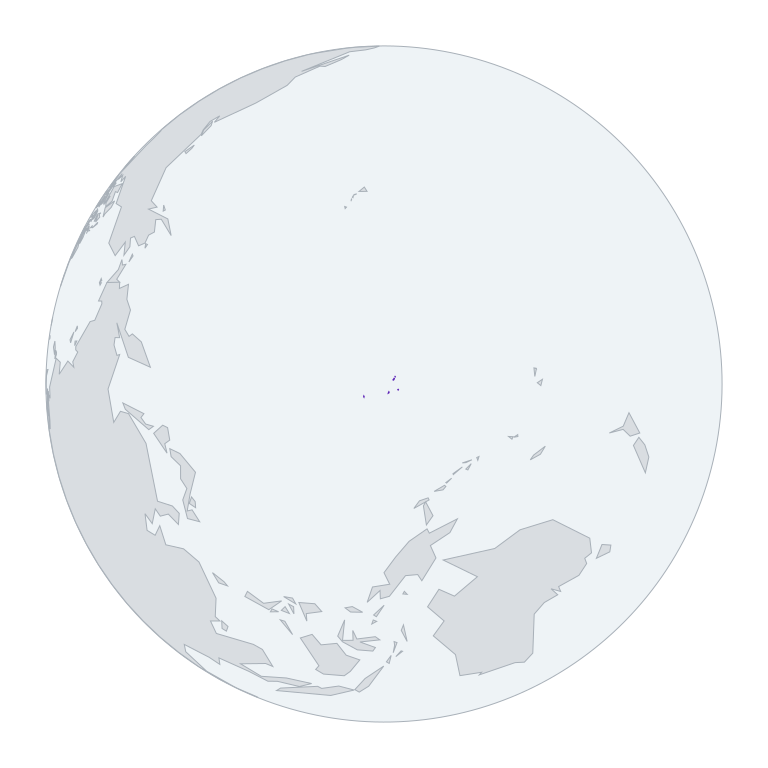 Marshall Islands on an orthographic globe, rotated 286°
{"feature_id": "MHL", "entity_name": "Marshall Islands", "entity_type": "country or territory", "adm_level": 0, "iso_a3": "MHL", "parent_name": "Oceania", "parent_adm1": "", "projection": "orthographic", "projection_center": [169.926, 8.484], "detail": "fine", "context": "on_globe", "style": "filled", "palette": "violet", "viewbox_px": 768, "rotation_deg": 286, "n_neighbors": 0, "source": "natural_earth", "source_scale": "50m", "svg_char_len": 9078}
<svg xmlns="http://www.w3.org/2000/svg" viewBox="0 0 768 768"><g transform="rotate(286 384 384)"><circle cx="384" cy="384" r="338" fill="#eef3f6" stroke="#a8b0b8"/><path d="M440.8,523.7L441.1,526.0L440.7,526.3L440.8,523.7ZM707.5,286.4L704.3,281.9L700.2,274.4L693.9,259.4L661.8,218.6L690.5,259.9L684.1,253.6L673.0,239.9L671.9,234.8L654.6,214.1L644.4,208.6L618.8,183.4L588.8,148.8L596.5,152.2L588.4,144.4L578.3,140.1L573.6,139.4L531.9,114.9L496.0,109.8L491.5,117.1L487.2,109.4L483.1,130.7L468.0,138.5L481.0,124.5L479.1,119.3L466.8,121.4L462.2,116.7L453.6,115.4L449.2,110.0L457.1,103.4L454.4,100.1L445.9,101.9L436.1,98.5L449.1,96.2L433.3,90.2L443.6,80.6L481.9,82.8L483.6,76.8L512.4,78.4L505.8,75.3L512.5,75.3L507.3,72.1L514.1,74.4L504.1,70.0L498.9,68.7L492.7,66.6L489.2,64.9L497.2,67.0L500.2,68.2L500.7,68.1L506.3,70.1L501.5,68.1L511.7,71.6L496.5,65.9L500.3,66.8L508.5,69.9L514.3,72.5L547.5,89.5L557.5,95.3L565.9,99.8L567.1,100.0L586.6,113.5L605.0,128.4L622.4,144.5L638.6,161.8L653.5,180.2L667.1,199.5L679.4,219.8L683.7,228.2L696.1,254.6L699.8,263.7L707.5,286.4ZM564.5,314.6L562.2,306.9L567.9,310.8L564.5,314.6ZM557.9,303.0L559.3,305.4L557.6,303.5L557.9,303.0ZM554.8,302.1L557.1,302.7L554.5,302.8L554.8,302.1ZM550.6,301.9L552.8,301.7L552.6,302.0L550.6,301.9ZM543.7,299.2L541.9,298.3L543.8,297.3L543.7,299.2ZM572.2,140.0L578.6,140.7L589.4,146.8L584.7,146.6L572.2,140.0ZM550.9,130.2L552.5,128.5L561.4,135.8L557.7,134.4L550.9,130.2ZM489.3,124.1L495.3,122.9L491.0,125.8L489.3,124.1ZM453.2,116.2L452.9,118.2L448.6,116.8L453.2,116.2ZM534.5,81.5L534.2,81.3L531.3,79.9L531.2,79.8L534.5,81.5ZM437.9,107.5L431.0,105.1L439.4,106.3L437.9,107.5ZM528.3,78.4L532.2,80.4L530.8,79.8L518.6,74.3L522.7,75.8L528.3,78.4ZM427.9,102.9L411.0,98.2L409.0,101.9L405.2,89.7L420.8,97.1L431.4,97.8L426.3,99.8L427.9,102.9ZM498.7,69.1L504.1,70.4L502.9,71.1L498.7,69.1ZM499.4,70.2L504.4,77.1L494.6,75.1L494.9,72.8L484.9,72.2L477.7,67.6L481.6,66.9L489.3,69.0L480.6,65.8L499.4,70.2ZM405.8,84.2L402.9,82.5L407.5,83.1L405.8,84.2ZM490.1,65.8L492.0,67.1L483.7,65.3L478.4,62.5L482.8,63.9L490.1,65.8ZM485.8,74.6L478.6,73.1L470.8,68.9L467.0,67.9L476.6,67.4L485.8,74.6ZM482.9,63.5L475.9,61.2L476.6,60.7L487.8,64.5L482.9,63.5ZM483.7,66.2L479.5,65.3L480.1,64.8L483.7,66.2ZM475.3,58.7L477.7,59.6L473.6,58.6L475.3,58.7ZM473.3,60.4L473.1,60.6L471.7,60.5L467.4,59.1L473.3,60.4ZM470.5,64.7L468.7,63.5L466.1,64.7L460.2,62.1L467.7,62.4L462.0,61.2L460.1,60.5L468.3,61.7L470.5,64.7ZM459.0,57.5L466.5,57.9L462.9,56.1L466.5,56.8L471.6,59.7L459.0,57.5ZM463.7,59.7L461.6,58.4L467.1,59.6L472.0,61.3L463.7,59.7ZM453.5,60.5L460.6,64.3L458.8,64.2L453.5,60.5ZM456.8,56.6L455.1,56.6L455.9,56.4L456.8,56.6ZM453.3,58.8L456.1,60.1L453.8,59.9L453.3,58.8ZM449.2,55.8L451.6,55.8L455.0,56.8L449.2,55.8ZM450.2,57.0L446.5,56.5L454.8,57.1L451.8,57.5L450.2,57.0ZM450.7,58.5L450.3,58.8L449.8,58.0L450.7,58.5ZM434.9,52.7L444.6,53.3L452.1,55.2L441.7,54.2L434.9,52.7ZM269.5,66.1L266.5,67.2L269.1,66.3L274.2,64.5L260.4,70.2L262.9,69.4L268.4,67.1L277.1,64.2L286.9,61.8L281.6,63.9L277.3,65.0L260.4,71.2L249.8,74.9L248.7,75.6L256.6,73.0L277.2,65.3L284.7,63.3L275.0,66.7L279.1,65.3L281.2,65.0L278.2,67.0L288.9,63.4L318.4,61.8L315.7,66.8L303.8,69.1L318.9,73.8L314.6,81.2L319.6,78.7L330.3,80.8L331.8,78.3L335.0,77.4L363.0,84.3L365.5,88.4L383.3,90.7L385.9,89.8L385.1,86.7L405.2,89.7L409.0,101.9L402.9,103.3L409.4,110.9L394.5,113.5L385.2,119.9L365.1,119.8L359.5,125.8L362.8,128.3L357.6,139.1L335.7,154.8L339.2,130.9L369.2,110.3L355.7,117.1L354.5,112.7L347.1,113.7L337.9,119.4L339.5,121.8L303.1,120.1L272.6,134.8L285.1,138.2L285.1,146.6L261.3,171.6L208.9,198.6L208.4,214.2L203.2,222.8L192.3,225.1L199.5,212.5L195.3,205.4L201.0,198.5L185.9,199.7L193.5,190.0L178.0,196.6L175.5,205.7L186.0,207.5L169.3,218.6L170.3,236.8L161.9,255.2L131.8,281.6L113.9,285.9L111.0,291.6L108.4,282.5L98.0,291.6L97.7,330.2L95.3,340.3L81.8,355.0L82.7,347.3L75.5,323.2L69.2,346.6L74.5,371.2L76.1,397.0L69.9,386.1L68.8,363.4L66.3,354.3L70.5,333.5L75.2,300.8L69.2,303.5L73.1,291.3L78.6,263.8L72.0,267.2L59.0,292.8L51.6,323.9L50.4,330.4L55.0,306.8L61.3,283.7L69.3,261.0L78.8,239.0L89.9,217.7L102.4,197.2L116.4,177.7L131.7,159.2L148.3,141.9L166.1,125.7L185.0,110.9L204.8,97.5L225.6,85.5L247.2,75.0L269.5,66.1ZM493.2,64.2L491.0,63.5L495.1,65.8L485.6,63.1L477.8,60.6L475.4,59.6L482.3,61.5L474.0,58.9L482.2,60.9L476.7,59.2L479.6,59.9L493.2,64.2ZM450.5,52.7L453.4,53.3L450.7,53.0L445.7,51.9L446.5,52.4L435.3,50.3L433.2,50.2L420.0,48.6L411.7,47.3L409.9,47.4L399.8,46.8L392.0,46.3L401.1,46.6L388.2,46.1L419.5,48.0L450.5,52.7ZM431.1,52.1L419.4,49.4L418.1,48.6L441.6,51.9L445.1,52.3L460.1,55.5L461.7,56.9L457.3,55.8L453.3,55.1L454.4,54.8L450.6,54.5L444.4,53.2L439.7,52.7L437.2,51.8L431.1,52.1ZM356.7,47.2L354.0,47.4L348.5,48.0L356.1,47.2L356.7,47.2ZM125.2,470.5L132.2,474.0L132.2,475.5L125.2,470.5ZM117.6,462.9L125.1,465.7L116.8,466.0L117.6,462.9ZM128.2,466.9L135.9,466.2L139.2,464.7L139.0,467.8L128.2,466.9ZM112.8,461.5L89.3,452.6L81.0,445.1L82.2,440.2L95.7,447.0L112.8,461.5ZM81.6,439.7L69.9,418.6L59.7,365.2L63.2,368.4L75.1,403.6L74.2,408.0L81.2,423.8L81.6,439.7ZM112.9,422.4L112.1,436.8L98.4,430.8L92.6,426.2L88.5,405.8L90.8,397.0L95.2,399.1L116.8,373.6L123.5,383.9L115.9,395.4L121.7,410.2L112.9,422.4ZM51.0,327.2L48.4,347.7L47.9,349.6L51.0,327.2ZM128.6,354.1L117.9,365.2L128.7,349.3L128.6,354.1ZM136.9,338.4L136.0,345.5L133.7,337.6L136.9,338.4ZM107.9,300.9L103.0,300.6L104.4,295.7L111.6,293.3L107.9,300.9ZM155.4,271.1L149.8,284.8L146.8,289.2L147.3,279.9L155.4,271.1ZM293.8,58.3L304.7,55.8L305.3,57.0L298.9,57.3L290.9,59.2L280.8,62.3L289.3,59.6L293.8,58.3ZM317.3,60.7L326.1,59.0L324.3,60.4L322.0,61.0L317.3,60.7ZM321.3,59.2L328.4,56.1L334.6,55.8L327.8,58.1L321.3,59.2ZM336.0,50.3L334.5,50.2L338.8,49.6L336.0,50.3ZM393.7,640.7L403.0,643.7L397.4,651.5L386.8,658.7L370.7,659.7L393.7,640.7ZM284.9,647.3L275.0,636.2L289.8,637.8L291.7,646.5L284.9,647.3ZM401.7,635.0L406.3,626.4L399.0,614.1L409.4,625.6L423.9,627.4L407.4,643.4L401.7,635.0ZM204.2,591.8L166.3,601.2L155.3,595.6L152.3,586.8L130.7,555.8L133.8,557.3L124.6,537.4L143.6,527.3L155.5,500.8L172.8,507.1L181.8,487.3L201.8,493.4L199.5,510.2L224.5,526.9L231.1,489.4L256.4,535.8L281.3,554.9L300.1,583.7L292.5,624.3L278.9,630.0L271.8,625.0L267.3,628.3L253.8,624.1L237.4,607.7L233.3,611.0L233.2,601.0L229.3,609.1L218.1,598.3L204.2,591.8ZM351.4,545.5L356.9,547.4L368.7,556.2L359.6,553.7L351.4,545.5ZM427.5,531.0L432.2,535.0L425.7,535.2L427.5,531.0ZM440.7,526.3L432.8,526.9L440.8,523.7L440.7,526.3ZM368.6,523.4L372.2,526.5L370.4,527.2L368.6,523.4ZM366.2,522.2L367.9,518.2L368.9,522.6L366.2,522.2ZM336.5,495.2L338.9,493.4L340.5,495.3L336.5,495.2ZM142.9,477.2L151.9,468.5L157.8,469.1L142.9,477.2ZM331.5,489.8L324.5,488.3L324.8,486.1L331.5,489.8ZM331.0,484.4L329.7,481.0L335.4,489.4L331.0,484.4ZM316.8,475.0L325.9,482.2L316.0,475.6L316.8,475.0ZM312.1,475.0L306.0,471.5L306.3,470.6L312.1,475.0ZM253.1,468.7L274.6,491.7L259.3,488.3L241.5,473.1L231.1,481.9L205.3,474.6L210.1,468.9L205.7,457.5L181.4,447.7L176.5,439.7L184.4,437.1L169.5,428.0L185.7,428.9L193.1,444.7L202.6,436.0L220.7,442.8L239.7,451.5L256.6,465.3L253.1,468.7ZM187.4,460.0L190.3,460.7L188.2,464.3L187.4,460.0ZM294.6,461.8L303.3,470.1L302.6,471.7L298.5,469.9L294.6,461.8ZM260.2,463.6L277.7,455.5L282.2,456.5L270.9,467.4L260.2,463.6ZM272.6,447.0L281.5,450.3L286.7,457.8L285.0,459.3L272.6,447.0ZM154.2,438.7L153.8,442.4L149.9,438.4L154.2,438.7ZM159.1,437.7L171.4,445.1L158.2,440.8L159.1,437.7ZM126.1,414.8L129.1,424.9L138.5,421.9L131.4,428.2L138.7,445.3L136.9,450.5L129.4,432.0L128.3,448.4L124.2,446.9L121.1,431.6L124.8,415.1L128.9,409.0L146.4,411.2L126.1,414.8ZM158.7,426.4L155.6,414.8L158.1,408.3L161.3,414.9L158.7,426.4ZM148.1,386.9L141.9,372.6L134.8,375.2L150.5,362.4L153.7,378.1L148.1,386.9ZM145.0,358.5L138.2,360.8L146.2,353.0L145.0,358.5ZM137.3,356.3L138.1,347.7L142.7,350.3L137.3,356.3ZM148.3,359.8L152.0,346.1L153.0,355.1L148.3,359.8ZM140.0,328.7L147.3,345.4L135.3,335.5L141.4,308.8L147.0,309.9L140.0,328.7ZM213.2,237.0L215.5,229.8L222.4,230.1L218.9,234.9L213.2,237.0ZM247.2,227.1L225.1,227.9L207.7,229.8L210.1,234.2L200.8,244.8L200.5,232.2L217.1,222.5L229.2,223.3L236.8,214.6L249.3,211.0L255.5,199.4L262.8,195.9L260.9,207.0L247.2,227.1ZM257.7,194.5L273.1,176.2L283.4,182.6L282.4,188.0L271.0,193.5L266.2,189.7L257.7,194.5ZM279.8,174.0L275.3,170.5L288.4,142.3L293.8,138.2L289.3,161.4L284.8,159.6L279.8,165.9L279.8,174.0ZM400.7,83.8L402.7,82.6L403.4,84.4L400.7,83.8ZM335.6,76.1L340.1,75.2L340.7,76.9L335.6,76.1ZM353.0,74.0L349.1,72.6L355.4,73.2L353.0,74.0ZM340.0,70.0L348.6,71.6L337.2,71.4L340.0,70.0Z" fill="#d9dde1" stroke="#a8b0b8" stroke-width="1"/><path d="M390.9,391.9L391.6,392.2L392.6,392.1L392.4,392.2L392.1,392.3L391.8,392.3L391.7,392.3L390.8,392.1L390.5,391.8L390.6,391.7L390.9,391.9ZM382.3,399.6L382.2,399.8L382.2,399.7L382.4,399.0L382.7,398.8L382.9,398.6L382.8,398.8L382.5,399.0L382.3,399.6ZM393.7,392.4L393.9,392.6L394.3,392.6L394.7,392.9L394.3,392.7L394.1,392.7L393.9,392.7L393.7,392.4ZM377.6,390.9L377.5,391.0L376.9,391.0L376.7,390.8L377.2,390.8L377.6,390.9ZM366.4,368.2L366.2,368.2L366.3,368.1L366.5,368.1L366.4,368.2Z" fill="#8b5cf6" stroke="#5b21b6" stroke-width="1.5"/></g></svg>